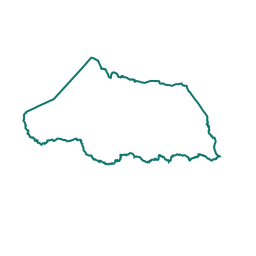 Chikwawa, Chikwawa, Malawi, rotated 310°
{"feature_id": "42251766B28594103932184", "entity_name": "Chikwawa", "entity_type": "district", "adm_level": 2, "iso_a3": "MWI", "parent_name": "Malawi", "parent_adm1": "Chikwawa", "projection": "robinson", "projection_center": [34.783, -16.215], "detail": "fine", "context": "isolated", "style": "outline", "palette": "teal", "viewbox_px": 256, "rotation_deg": 310, "n_neighbors": 0, "source": "geoboundaries", "source_scale": "gbopen_adm2", "svg_char_len": 5830}
<svg xmlns="http://www.w3.org/2000/svg" viewBox="0 0 256 256"><g transform="rotate(310 128 128)"><path d="M145.8,54.4L102.4,52.6L87.0,45.2L83.1,43.6L75.1,39.8L74.3,40.2L72.8,39.7L72.2,39.6L70.9,40.3L70.6,40.2L70.0,41.1L68.8,41.9L68.2,42.6L67.6,42.6L67.1,43.0L66.3,43.3L66.0,45.2L65.2,46.4L64.3,48.2L64.0,48.3L63.8,47.9L63.6,48.0L63.1,48.8L62.0,49.5L61.6,51.2L62.0,52.8L62.0,53.3L61.2,53.9L60.7,54.1L60.1,53.9L59.8,54.5L59.0,54.9L59.1,55.6L59.5,56.2L59.1,56.8L58.9,57.7L58.1,58.4L58.1,58.6L58.6,59.5L58.5,60.2L59.7,61.2L59.2,62.3L59.9,63.3L59.7,63.5L59.2,63.6L58.4,65.0L59.1,65.7L59.1,66.1L59.3,66.3L59.8,66.4L60.2,66.1L60.4,66.5L60.3,66.9L59.1,67.6L58.7,68.3L59.7,70.1L59.4,71.7L59.6,72.5L59.9,72.7L60.9,72.5L61.5,72.6L62.2,73.5L62.3,74.1L62.9,73.8L63.3,74.7L63.6,74.9L64.7,74.8L65.6,75.1L66.0,74.5L66.5,74.3L66.8,74.6L67.3,74.8L67.8,75.5L69.2,76.7L70.5,77.4L70.6,77.8L70.3,79.2L70.4,79.5L70.7,79.9L73.7,80.5L75.0,81.2L75.8,82.8L76.7,83.9L76.8,85.5L78.6,87.8L78.6,89.8L78.8,90.1L79.9,90.8L81.0,92.1L82.3,92.6L83.2,93.4L85.0,94.0L86.6,95.2L86.8,95.5L86.5,96.3L86.0,96.6L86.0,96.9L86.8,97.9L88.0,98.5L88.4,99.2L88.5,99.8L88.3,100.4L88.0,100.6L87.2,100.6L87.0,100.9L86.6,102.0L86.6,103.1L86.0,103.3L85.5,104.2L85.1,104.4L84.3,106.5L82.3,108.4L82.1,111.2L81.2,112.2L80.9,113.0L81.0,113.4L81.3,113.8L81.8,115.9L82.9,117.0L83.0,117.5L83.4,117.8L83.1,118.6L82.6,119.0L82.4,119.5L82.2,120.7L82.4,121.3L81.9,121.6L81.8,122.0L82.9,123.0L82.8,124.2L83.2,124.8L83.5,125.8L83.9,126.5L83.5,127.7L83.6,128.0L84.0,128.2L85.0,127.7L85.2,128.0L85.7,131.8L86.3,132.0L86.4,132.3L85.8,133.8L86.6,134.1L86.6,134.8L87.4,136.2L87.7,136.6L88.3,136.5L88.6,136.6L89.1,137.2L89.5,138.2L90.8,138.4L91.0,138.7L90.9,139.6L91.4,140.0L92.5,140.1L93.3,139.9L94.4,140.1L94.8,139.2L95.3,139.1L95.7,139.6L95.5,141.0L95.9,141.2L96.7,140.8L96.7,142.1L97.1,142.4L98.1,142.4L98.8,142.1L99.3,142.2L99.6,141.6L100.1,141.7L100.6,141.3L101.1,141.4L102.0,139.7L102.7,139.5L103.5,141.0L104.1,141.2L104.6,141.9L105.7,142.7L105.8,142.8L105.7,143.6L106.0,144.3L106.8,144.2L107.9,145.2L109.9,145.6L110.4,146.1L111.0,147.5L111.2,148.7L110.5,150.8L109.8,151.6L110.5,151.7L110.8,152.2L111.5,152.5L111.7,153.4L112.8,154.8L112.9,155.6L113.4,156.2L113.4,156.6L112.8,157.9L112.7,158.6L112.9,159.2L112.6,160.1L113.0,161.6L113.6,162.4L113.5,163.3L113.7,164.2L114.0,164.5L114.1,165.0L115.1,165.0L115.4,165.4L115.5,166.2L116.3,165.6L117.0,165.8L117.5,166.7L117.9,166.6L118.3,166.3L118.5,166.3L118.8,166.7L119.3,166.9L119.8,167.6L120.5,168.0L120.7,169.1L120.9,169.2L121.8,168.5L122.0,168.5L122.4,169.5L122.3,170.8L122.6,171.3L123.4,171.5L123.8,171.4L124.8,170.8L125.0,170.5L125.6,170.0L126.1,169.8L126.4,169.4L127.5,169.5L128.1,168.9L127.4,170.4L127.4,171.2L128.2,171.9L127.9,172.6L128.1,173.4L128.5,173.5L128.7,174.2L128.6,175.0L127.8,176.6L128.4,177.4L128.3,178.5L128.6,179.0L128.7,179.9L128.7,180.3L128.3,180.9L129.0,180.8L129.2,181.0L129.5,180.5L129.7,181.2L130.2,181.2L130.8,181.5L131.6,180.8L133.2,180.0L134.4,179.9L134.6,180.4L135.0,179.9L135.3,179.8L136.4,180.6L136.8,181.2L137.7,182.0L138.5,182.2L139.6,182.6L139.7,183.0L139.9,184.4L141.0,184.7L141.9,187.6L142.3,188.0L143.3,188.4L143.8,189.7L144.0,190.8L143.9,192.2L144.3,193.5L143.7,194.3L143.2,194.5L142.8,195.6L143.0,196.4L143.3,196.4L143.9,195.6L144.5,196.2L146.4,196.7L147.9,198.1L148.4,197.8L148.6,197.9L149.5,198.6L149.9,199.7L150.5,199.7L150.9,199.5L151.6,200.2L151.9,200.1L152.7,199.0L153.3,199.1L153.5,199.8L154.2,200.0L154.3,201.2L154.7,202.3L155.4,202.6L155.2,204.1L155.9,204.8L156.1,205.5L155.9,206.1L155.9,209.2L156.1,209.5L156.6,210.0L156.4,211.8L156.7,212.8L157.4,213.4L158.3,213.2L158.7,213.6L159.2,213.7L160.4,215.3L161.4,215.4L161.6,215.0L162.0,214.9L162.7,215.3L164.7,215.9L165.2,216.4L165.3,215.7L164.6,214.8L164.6,213.7L165.0,212.8L164.9,211.7L165.5,211.0L165.7,210.6L166.1,210.2L166.2,209.7L167.0,208.1L167.9,207.5L168.8,205.9L170.3,205.5L171.2,204.8L173.6,204.1L174.7,203.0L175.9,200.9L176.1,200.8L176.1,200.4L175.6,199.8L175.4,199.3L175.0,199.2L175.7,198.1L175.5,197.8L175.7,197.5L175.3,196.5L176.0,195.5L175.9,195.3L176.0,193.3L177.6,191.6L178.2,191.9L178.5,191.8L180.4,189.7L181.0,189.5L181.0,189.0L180.6,188.6L180.5,188.3L181.4,187.6L181.7,187.6L181.4,186.8L182.2,186.3L181.9,185.8L183.0,185.7L183.4,185.4L183.4,185.6L183.9,185.5L184.4,184.6L184.4,184.0L184.8,183.6L185.4,183.4L185.7,183.0L187.1,182.1L188.1,180.6L188.0,180.4L189.0,176.9L189.4,174.6L191.0,169.5L192.4,164.2L193.3,159.6L193.5,159.2L194.3,155.8L195.2,152.7L195.3,152.3L195.1,151.0L195.7,149.9L196.4,148.0L197.9,146.0L197.9,145.7L196.5,143.9L196.6,143.7L195.9,142.6L196.1,141.4L196.5,140.4L196.4,140.2L195.4,139.6L193.6,138.1L193.0,137.2L192.0,136.3L189.3,135.1L188.2,134.1L187.8,132.7L186.4,130.8L185.1,128.6L184.9,127.9L185.0,126.9L184.9,126.6L183.7,125.2L183.0,124.6L182.6,123.9L183.4,122.2L183.7,122.1L183.8,121.6L178.7,115.1L173.3,111.8L171.7,109.2L171.4,108.2L170.7,106.7L169.5,104.5L168.6,103.4L167.9,103.5L167.9,103.0L168.0,102.9L168.3,102.8L168.4,103.1L168.8,102.9L168.6,102.2L169.0,101.9L168.6,101.4L168.4,100.7L167.8,100.2L167.8,99.7L167.3,99.6L166.2,98.4L166.1,97.9L166.2,97.2L165.8,96.1L165.9,95.4L165.5,93.9L165.3,93.5L164.5,92.7L164.2,92.1L164.5,90.4L163.9,90.0L163.5,90.4L163.0,89.8L161.7,90.7L161.9,90.4L161.8,89.3L161.1,88.2L161.0,87.8L161.4,87.2L161.3,86.9L161.4,86.4L161.9,86.1L162.4,85.1L162.2,84.1L162.2,83.3L161.9,82.5L161.8,81.7L161.2,81.3L160.7,80.6L160.3,80.4L159.3,80.8L158.4,80.7L157.4,81.2L156.8,81.8L155.5,82.6L155.2,82.4L154.8,81.1L154.9,80.2L155.9,78.7L156.4,78.3L157.0,75.9L158.2,74.1L158.1,73.1L158.5,72.7L158.4,72.4L157.8,72.2L157.3,70.4L157.1,70.2L156.5,70.2L156.3,69.8L156.2,69.3L157.2,68.4L158.7,65.0L159.9,62.9L160.0,62.6L159.9,62.3L160.3,61.8L160.3,61.2L159.9,60.3L159.8,59.3L159.5,58.8L159.7,58.0L159.1,56.7L159.0,55.9L158.2,54.6L145.8,54.4Z" fill="none" stroke="#0f766e" stroke-width="2"/></g></svg>